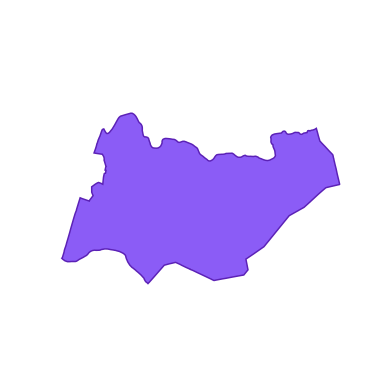 Brunavas pag., Bauska, Latvia (Mercator projection), rotated 340°
{"feature_id": "27541924B75400178826619", "entity_name": "Brunavas pag.", "entity_type": "district", "adm_level": 2, "iso_a3": "LVA", "parent_name": "Latvia", "parent_adm1": "Bauska", "projection": "mercator", "projection_center": [24.423, 56.313], "detail": "fine", "context": "isolated", "style": "filled", "palette": "violet", "viewbox_px": 384, "rotation_deg": 340, "n_neighbors": 0, "source": "geoboundaries", "source_scale": "gbopen_adm2", "svg_char_len": 5855}
<svg xmlns="http://www.w3.org/2000/svg" viewBox="0 0 384 384"><g transform="rotate(340 192 192)"><path d="M47.0,209.7L47.4,210.7L48.0,211.6L48.4,212.1L48.6,212.7L49.8,213.8L50.3,214.2L50.9,214.7L51.6,215.1L52.4,215.3L53.1,215.6L54.6,216.0L56.1,216.5L57.5,217.0L58.2,217.3L59.0,217.5L59.7,217.5L60.5,217.4L61.3,217.2L62.8,216.8L63.5,216.7L67.4,216.2L68.9,215.9L70.4,215.6L70.8,215.6L71.2,215.5L72.6,214.9L74.3,213.8L74.6,213.7L75.0,213.5L75.7,213.3L76.1,213.2L76.5,213.1L77.2,213.0L77.6,213.0L78.4,213.0L78.8,213.0L79.2,213.1L79.9,213.2L80.7,213.4L81.7,213.9L82.8,214.3L85.0,215.0L85.4,215.1L85.8,215.1L86.2,215.2L86.5,215.1L86.9,215.1L87.3,215.1L89.6,215.5L90.3,215.6L90.7,215.7L91.8,216.1L92.9,216.6L93.2,216.7L94.6,217.5L95.5,218.1L98.3,219.6L98.9,220.0L100.3,220.8L101.5,221.7L102.8,222.6L103.4,223.0L103.7,223.3L105.1,224.7L106.1,225.8L106.4,226.1L106.6,226.4L106.8,226.7L107.0,227.1L107.5,228.1L107.7,228.5L107.8,228.9L107.8,229.2L107.7,230.0L107.6,230.8L107.6,231.6L107.5,232.3L107.6,233.1L107.7,234.7L107.7,235.4L107.8,236.2L108.0,237.0L108.2,237.7L108.3,238.5L108.5,239.2L108.6,239.6L109.1,240.7L109.4,241.4L109.7,242.1L109.9,242.4L110.6,243.4L111.8,245.4L112.2,246.0L112.6,246.9L113.0,247.6L113.6,248.6L114.0,249.3L115.1,251.4L115.5,252.1L115.8,252.8L116.7,255.0L117.3,256.4L117.4,256.8L117.4,257.2L117.4,257.6L117.3,257.9L117.4,258.3L117.5,258.7L117.6,259.5L117.8,260.3L117.9,260.6L118.1,260.9L118.5,261.5L118.7,261.8L118.9,262.1L119.3,263.0L120.2,262.5L120.6,262.4L126.9,259.0L140.9,251.3L146.9,251.8L147.2,251.9L152.4,252.5L152.6,252.6L156.3,256.2L157.1,257.2L157.8,257.9L160.6,260.8L163.1,263.2L163.7,263.7L163.6,263.8L164.7,264.9L165.0,265.1L165.9,265.9L169.0,269.1L171.4,271.5L179.9,280.1L181.1,281.4L181.2,281.5L182.3,282.6L182.5,282.7L183.9,282.9L191.3,284.1L193.3,284.5L196.9,285.1L200.7,285.7L210.6,287.4L210.9,287.4L211.0,287.5L212.3,287.7L218.0,284.3L219.7,273.5L228.1,271.4L240.9,268.0L275.2,247.5L292.1,244.7L300.2,241.4L309.7,237.4L315.1,235.3L319.1,233.8L320.0,233.8L331.6,235.2L333.1,235.4L333.3,235.3L333.4,235.1L333.7,232.7L334.2,228.3L334.7,224.0L335.3,219.9L335.4,219.0L335.6,217.1L335.7,216.1L335.8,215.1L336.2,212.0L336.2,211.6L336.3,210.9L336.6,209.1L336.6,208.5L337.0,205.8L337.0,205.5L337.0,205.2L336.9,205.0L336.9,204.8L335.7,202.1L335.6,201.8L335.5,201.7L334.9,200.3L333.9,197.9L333.1,196.0L332.6,194.8L331.3,191.9L330.3,189.6L330.1,189.0L329.6,187.9L329.6,187.7L329.8,184.5L329.9,183.0L330.3,178.6L330.6,174.7L328.8,175.1L326.8,175.1L325.2,174.8L323.7,174.9L323.6,174.7L323.3,174.5L322.7,174.3L322.4,174.1L321.7,174.1L321.2,174.7L321.0,174.8L320.8,175.0L320.6,175.1L320.4,175.5L319.2,175.3L317.2,174.9L315.2,175.3L314.7,175.3L313.9,174.9L313.4,174.4L312.8,173.0L312.5,172.6L311.9,172.3L311.0,172.0L309.8,171.4L309.0,171.2L308.3,171.2L307.1,171.4L305.9,171.4L304.9,171.3L303.0,170.9L302.1,170.6L301.4,170.1L300.8,169.2L300.5,167.5L300.4,167.1L299.5,166.3L298.8,166.2L298.0,166.2L297.3,166.6L296.7,166.8L296.4,167.1L295.9,167.1L291.4,166.1L289.1,165.7L288.0,165.8L287.0,165.8L285.8,166.4L284.7,167.4L284.4,169.2L283.3,172.0L283.4,174.1L284.2,175.0L283.7,177.3L283.9,180.8L283.8,182.1L283.4,183.8L282.8,186.4L282.1,187.1L280.8,187.9L279.6,188.2L277.6,188.4L276.2,188.6L275.0,188.5L273.8,188.3L272.1,187.5L270.6,186.4L269.2,185.2L268.4,184.4L267.6,183.8L266.6,182.9L266.0,181.8L265.1,181.0L264.3,180.3L263.6,180.0L261.7,179.6L259.9,178.8L259.0,178.4L257.7,178.0L255.9,177.1L255.1,176.5L255.0,176.2L254.9,176.0L254.5,175.7L253.8,175.6L252.5,175.6L250.6,176.0L249.3,175.9L247.7,175.3L247.1,175.0L246.4,174.3L245.5,173.0L245.3,172.7L245.1,172.4L244.7,171.7L244.4,171.1L243.5,169.8L243.1,169.5L242.9,169.2L242.1,169.0L237.1,167.4L235.8,167.5L234.3,167.2L231.8,166.4L229.4,165.7L228.0,165.5L226.7,166.0L225.2,167.0L224.0,168.0L222.5,168.7L220.9,169.0L219.7,169.1L218.4,168.5L217.7,167.7L217.2,166.6L216.6,165.7L215.6,164.2L214.5,162.2L213.1,160.2L212.3,158.6L212.2,157.2L212.1,154.9L212.0,153.1L211.7,152.2L211.3,151.6L210.6,150.7L208.8,147.8L207.7,146.6L206.1,145.2L205.2,144.4L204.6,143.9L203.5,142.8L201.9,141.6L200.6,141.2L199.3,141.2L197.6,141.2L196.4,140.7L195.8,140.1L195.1,138.7L194.3,137.5L193.3,136.5L191.7,135.8L190.4,135.0L188.5,134.0L186.6,133.1L185.1,132.5L183.2,132.5L182.4,132.8L181.8,133.3L181.2,134.1L180.9,135.1L180.5,135.9L179.5,137.0L178.2,138.2L177.0,138.7L175.4,139.0L174.0,138.8L172.0,138.0L170.5,137.2L169.9,136.5L169.6,135.9L169.3,134.8L169.1,133.4L169.3,131.9L169.3,129.7L169.4,128.1L169.5,126.8L169.0,125.6L167.6,124.5L166.3,124.0L165.8,123.3L165.6,122.5L165.7,121.0L166.3,117.3L166.9,115.7L167.3,114.6L167.6,113.0L167.4,111.2L166.9,109.9L166.1,108.7L165.8,106.9L165.6,104.6L165.2,102.1L164.7,100.5L164.0,99.1L162.8,97.6L161.4,97.0L159.9,96.9L156.3,96.6L152.7,96.4L150.7,96.3L148.9,97.0L147.6,97.9L145.6,99.6L142.2,102.6L138.6,105.5L134.7,107.8L133.3,108.2L132.1,108.0L131.4,106.9L131.0,104.9L130.7,102.6L130.3,102.5L130.2,102.7L129.8,102.7L129.6,102.7L129.4,102.6L129.0,102.7L127.8,104.0L124.6,108.0L123.1,109.5L122.4,110.3L121.7,111.0L119.6,113.8L118.9,114.4L118.5,115.2L117.2,117.0L116.1,118.4L113.3,121.8L114.6,122.6L115.7,123.2L117.0,123.9L120.7,125.9L120.9,127.3L121.1,128.2L121.1,129.6L120.7,131.4L120.3,131.8L120.0,137.0L119.9,138.0L120.0,138.4L119.9,138.4L117.8,141.7L118.6,142.2L118.4,142.5L117.3,144.6L117.2,144.7L117.1,144.8L116.3,144.6L116.1,144.6L115.9,144.7L115.8,144.8L114.0,147.6L110.8,154.2L109.5,152.8L107.5,151.1L107.4,151.1L106.2,151.1L104.0,151.5L103.3,151.7L100.6,152.5L99.5,152.8L97.7,157.9L97.7,158.9L97.8,161.6L93.0,164.7L92.4,165.4L87.1,161.1L86.7,160.8L84.9,159.2L80.2,165.4L77.4,169.1L77.3,169.5L75.5,171.5L74.6,172.6L71.9,176.2L69.5,179.5L65.5,185.0L65.2,185.4L63.9,187.3L62.6,189.1L59.9,192.8L56.7,197.1L55.9,198.3L54.7,199.9L53.6,201.2L52.2,203.0L51.4,204.4L50.7,205.4L49.5,207.0L47.6,209.5L47.0,209.7Z" fill="#8b5cf6" stroke="#5b21b6" stroke-width="1.5"/></g></svg>